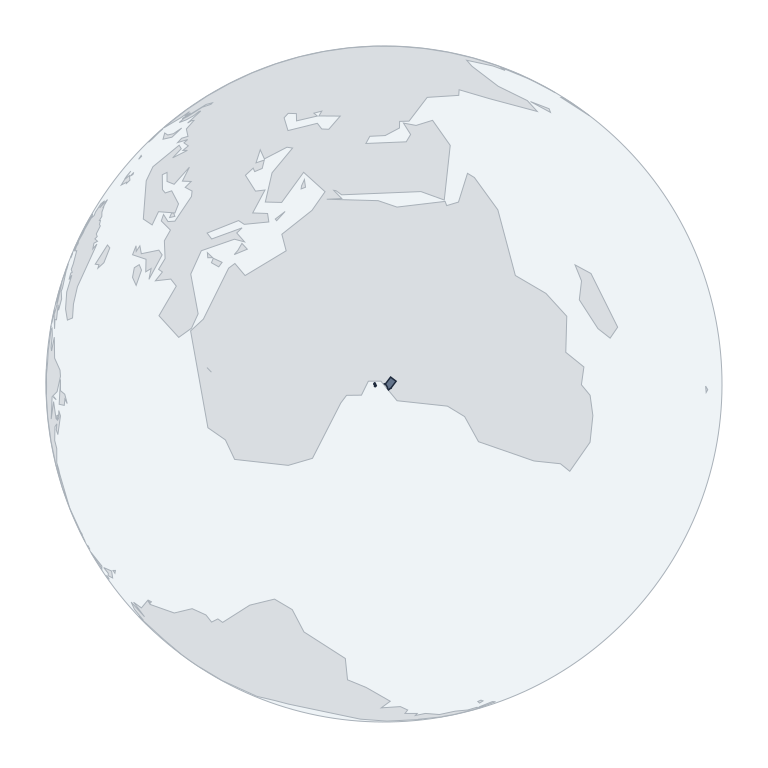 Equatorial Guinea on an orthographic globe, rotated 307°
{"feature_id": "GNQ", "entity_name": "Equatorial Guinea", "entity_type": "country or territory", "adm_level": 0, "iso_a3": "GNQ", "parent_name": "Africa", "parent_adm1": "", "projection": "orthographic", "projection_center": [9.725, 2.359], "detail": "fine", "context": "on_globe", "style": "filled", "palette": "slate", "viewbox_px": 768, "rotation_deg": 307, "n_neighbors": 0, "source": "natural_earth", "source_scale": "50m", "svg_char_len": 8229}
<svg xmlns="http://www.w3.org/2000/svg" viewBox="0 0 768 768"><g transform="rotate(307 384 384)"><circle cx="384" cy="384" r="338" fill="#eef3f6" stroke="#a8b0b8"/><path d="M262.2,68.8L268.3,66.5L261.1,69.4L252.6,72.8L250.2,73.7L262.2,68.8ZM192.9,105.3L191.0,106.6L182.0,113.1L172.3,120.9L178.7,116.2L188.6,108.6L198.1,102.8L209.1,95.4L214.5,92.4L227.1,85.3L228.7,85.4L223.3,89.8L212.9,96.1L210.3,98.6L223.0,92.5L206.4,105.4L200.1,116.9L195.4,121.0L181.2,127.5L174.1,126.6L155.7,139.3L171.1,130.7L159.1,142.8L158.6,145.1L161.3,144.7L167.1,140.2L163.8,144.8L147.3,154.0L150.1,149.9L155.3,146.7L151.9,146.9L140.7,155.0L135.5,161.5L124.1,170.1L120.3,175.3L115.7,180.6L122.6,171.6L109.9,188.6L95.7,207.7L78.3,240.2L82.5,231.5L94.1,210.3L107.3,190.0L121.9,170.7L137.9,152.5L155.1,135.5L173.4,119.7L192.9,105.3ZM50.6,329.0L50.8,327.8L50.5,334.1L53.8,320.4L57.7,313.3L54.0,332.8L59.0,315.3L59.2,325.0L68.9,325.5L67.2,329.9L74.9,354.3L89.1,366.0L92.4,380.8L90.1,389.6L96.4,392.7L96.5,398.6L126.6,409.9L146.3,426.0L148.6,446.5L137.8,469.3L141.5,518.3L125.8,532.9L130.9,552.4L134.4,579.9L123.7,576.7L136.2,591.2L137.9,599.1L133.5,599.0L140.9,608.8L138.1,608.5L145.8,615.3L153.4,627.2L165.5,637.7L174.1,647.1L182.2,653.1L181.0,652.7L182.9,654.7L187.2,657.9L178.1,651.8L161.6,638.3L154.6,631.7L152.8,630.3L136.6,612.9L139.1,616.3L116.5,589.2L102.1,566.8L70.9,500.4L65.3,486.8L58.0,470.4L49.7,433.0L46.7,404.7L46.5,399.8L46.3,396.3L46.1,385.2L47.4,362.1L49.9,335.7L50.2,331.7L49.1,339.2L50.6,329.0ZM72.8,252.2L73.2,251.4L68.8,268.3L66.5,269.9L67.8,267.0L69.9,260.1L71.8,254.8L72.8,252.2ZM82.1,233.5L82.4,232.1L82.8,232.1L82.1,233.5ZM225.4,85.8L226.2,85.6L223.5,87.0L225.4,85.8ZM230.1,83.2L226.4,85.1L228.0,84.2L230.3,83.1L230.1,83.2ZM245.1,76.0L234.4,81.3L231.8,82.3L245.1,76.0ZM284.5,61.7L284.1,61.5L289.1,59.9L284.5,61.7ZM301.7,56.3L301.0,56.4L300.6,56.8L296.1,58.0L297.2,57.4L301.7,56.3ZM331.0,50.3L333.8,49.8L321.8,51.9L316.1,53.0L319.6,52.3L331.0,50.3ZM197.4,664.3L180.8,653.9L188.3,658.7L183.1,654.1L195.6,661.7L197.4,664.3ZM186.7,652.3L186.9,650.0L189.9,651.7L190.5,653.8L186.7,652.3ZM712.9,306.3L712.7,305.6L717.5,329.9L718.3,334.6L719.7,345.5L718.7,338.5L715.2,317.3L707.0,286.3L707.3,292.0L703.6,279.7L692.3,255.2L690.7,263.1L690.5,296.0L696.6,327.9L693.9,342.4L675.5,296.9L664.2,266.9L659.5,270.0L638.9,246.0L609.0,245.8L603.1,238.4L597.8,242.3L583.1,235.4L573.3,223.6L565.2,224.8L590.8,256.0L599.3,255.1L604.1,242.5L609.8,254.0L623.8,264.1L614.4,293.3L567.2,321.4L559.9,297.7L509.6,236.3L509.5,229.4L509.2,228.7L508.4,227.3L506.7,238.6L497.1,227.1L526.9,269.0L533.1,287.9L566.6,322.9L564.2,326.7L574.1,334.0L602.5,323.9L603.3,331.9L591.6,370.1L549.7,423.6L553.8,458.8L548.1,489.2L518.7,510.1L517.9,533.4L502.2,542.1L499.0,555.4L484.5,569.8L461.5,583.6L426.1,584.9L426.5,572.9L412.8,550.1L394.8,494.2L406.5,468.0L404.5,448.0L378.5,404.5L384.4,379.8L376.8,369.8L361.5,372.7L352.4,360.9L342.9,360.9L281.6,371.6L261.4,356.5L233.9,310.1L243.9,291.0L243.1,269.7L310.0,197.6L327.1,200.7L383.0,190.2L390.5,192.4L387.0,207.8L431.5,225.7L442.1,212.3L479.3,222.0L502.1,221.2L504.7,192.4L467.4,193.0L457.9,179.7L485.3,167.5L517.4,169.0L514.7,164.0L491.8,153.0L496.6,144.2L483.6,148.7L490.8,153.6L482.9,157.0L475.8,152.9L477.7,149.6L467.3,147.7L460.7,165.3L467.3,172.2L441.6,176.2L450.1,188.4L444.1,194.5L427.4,176.3L427.0,169.5L398.1,151.9L396.1,159.1L423.3,176.7L416.0,175.5L413.6,187.1L409.6,177.4L380.5,157.9L355.5,163.5L328.2,193.3L312.7,196.7L297.7,192.0L303.1,163.2L337.2,159.2L339.5,150.6L328.8,139.3L340.1,139.6L339.9,135.0L352.4,133.7L366.2,122.4L378.4,120.8L380.2,108.0L386.7,105.9L383.7,113.7L388.2,119.0L417.9,117.4L422.6,114.6L421.4,106.9L429.7,108.1L424.7,100.9L440.1,98.1L417.2,96.2L415.2,88.8L422.4,83.4L417.7,81.0L405.9,90.1L404.9,94.3L410.5,98.2L404.2,111.5L394.8,114.1L385.9,100.2L371.5,103.1L370.9,92.5L403.2,71.8L418.5,68.7L451.4,76.7L449.9,80.5L437.4,79.1L452.3,86.4L449.5,82.8L456.4,84.4L456.2,79.1L461.1,80.1L452.6,73.9L458.5,74.5L463.8,78.4L468.7,72.7L480.1,73.6L478.8,72.0L474.2,70.1L491.8,73.4L490.1,72.2L483.7,70.5L476.1,67.2L469.6,63.1L476.0,64.4L479.2,66.1L495.7,72.3L503.3,77.5L505.3,77.7L500.2,73.7L480.1,65.9L474.4,63.1L484.2,66.3L480.2,64.9L479.3,64.0L484.5,64.7L473.8,61.3L455.8,53.9L460.1,54.8L484.3,61.3L507.9,69.6L530.8,79.7L553.0,91.4L574.2,104.7L594.3,119.5L613.3,135.8L631.1,153.5L647.5,172.4L662.4,192.5L675.8,213.6L687.6,235.7L697.8,258.6L706.2,282.2L712.9,306.3ZM290.6,232.7L289.6,238.9L289.6,239.0L290.6,232.7ZM554.2,186.6L571.6,187.8L558.9,170.7L564.5,170.1L558.1,165.0L557.9,169.5L541.5,155.8L547.2,151.3L542.5,144.6L536.5,144.0L528.6,154.8L552.1,173.9L550.2,180.8L554.2,186.6ZM69.4,325.3L70.1,329.3L68.2,329.2L69.4,325.3ZM63.7,277.6L63.9,278.2L63.2,281.2L62.5,282.1L63.7,277.6ZM72.0,279.8L73.5,281.7L70.9,283.0L72.0,279.8ZM68.7,270.6L70.7,279.0L65.8,284.0L64.9,279.1L66.9,277.7L68.7,270.6ZM76.9,244.0L76.5,245.4L74.9,248.8L76.9,244.0ZM82.3,233.6L82.1,233.8L83.3,231.0L82.3,233.6ZM160.1,142.2L161.3,141.6L162.9,142.3L159.9,144.1L160.1,142.2ZM183.7,135.2L177.7,142.8L179.9,138.2L174.5,141.5L172.3,136.8L193.0,122.8L184.0,129.6L183.7,135.2ZM175.1,128.0L174.2,131.7L174.4,128.3L175.1,128.0ZM326.6,114.6L332.0,116.7L329.0,121.8L313.6,126.7L317.8,119.0L326.6,114.6ZM340.4,118.9L335.9,105.4L345.2,102.8L340.8,106.3L347.4,105.9L342.0,111.8L355.4,123.6L353.6,129.1L326.1,133.3L336.1,128.5L330.2,126.2L340.4,118.9ZM307.7,84.6L305.9,81.3L328.6,79.5L327.7,83.1L312.3,87.3L304.3,85.8L307.7,84.6ZM254.9,72.7L252.7,73.3L255.3,72.2L259.4,70.7L254.9,72.7ZM289.2,59.6L290.2,59.4L283.0,61.5L289.5,59.7L279.9,62.7L283.9,61.7L267.1,69.5L263.8,70.4L258.0,75.3L247.0,79.7L251.1,76.1L238.2,83.8L237.5,82.4L229.8,87.7L240.1,79.4L239.0,79.3L244.5,77.5L254.7,73.3L258.7,71.4L269.4,66.5L271.4,65.4L289.2,59.6ZM362.2,50.6L353.5,50.9L364.9,52.2L355.4,53.4L357.3,53.5L351.6,55.2L348.0,57.8L343.3,58.3L343.9,59.2L340.2,60.7L339.5,62.3L330.7,63.9L329.2,66.2L325.9,65.8L325.6,69.3L321.9,67.6L316.7,70.1L323.0,70.5L277.2,80.6L260.9,87.9L249.3,95.5L244.5,92.7L252.3,84.5L266.6,75.2L283.0,69.2L277.8,69.6L284.2,67.1L285.6,67.8L287.2,65.3L292.8,63.6L305.5,58.4L304.3,57.0L308.9,55.5L312.2,55.2L314.5,54.0L323.8,52.8L327.3,51.9L340.0,50.3L344.2,51.1L347.8,50.1L357.6,49.5L362.2,50.6ZM337.3,49.4L344.5,48.9L342.9,49.7L321.5,52.4L317.0,53.3L303.3,56.1L306.0,55.2L309.6,54.4L313.9,53.5L311.3,54.1L316.5,52.9L321.7,52.0L327.2,51.0L328.0,51.0L337.3,49.4ZM397.2,186.5L402.6,186.9L410.8,185.9L409.4,193.7L397.2,186.5ZM377.0,173.2L381.7,172.0L383.7,181.5L378.1,181.5L377.0,173.2ZM382.6,163.9L381.8,171.2L378.8,167.3L382.6,163.9ZM387.9,112.6L392.7,111.5L393.9,113.2L392.0,116.1L387.9,112.6ZM393.9,58.4L389.2,57.6L390.2,57.0L384.8,54.4L391.4,53.8L397.3,55.2L393.9,58.4ZM499.4,197.4L493.9,202.9L489.9,200.4L492.6,198.9L499.4,197.4ZM450.3,197.9L462.3,201.2L449.8,200.0L450.3,197.9ZM400.2,57.4L397.2,56.2L402.4,56.8L400.2,57.4ZM395.9,53.4L401.7,53.7L391.6,53.5L395.9,53.4ZM575.9,642.1L574.3,646.0L571.1,646.4L575.9,642.1ZM596.8,482.8L570.0,536.4L556.7,537.0L557.0,521.5L568.8,489.3L585.2,479.7L594.1,464.9L596.8,482.8ZM721.9,386.9L719.4,352.8L720.2,353.7L721.3,364.3L721.9,386.9ZM697.7,331.0L703.2,350.2L701.1,353.5L697.7,331.0ZM452.5,57.8L452.7,61.4L457.2,65.2L466.7,68.4L453.5,66.1L446.5,60.2L452.5,57.8ZM454.7,53.9L446.4,52.1L449.8,52.6L452.2,53.1L454.7,53.9ZM449.9,52.9L440.1,51.5L435.3,50.4L444.0,51.7L449.9,52.9ZM420.4,52.5L420.0,53.4L415.8,52.8L420.4,52.5Z" fill="#d9dde1" stroke="#a8b0b8" stroke-width="1"/><path d="M393.5,385.1L393.5,386.5L393.5,387.6L393.5,388.9L393.5,390.2L393.5,391.3L393.5,392.0L392.3,392.0L390.7,392.0L389.1,392.0L387.5,392.0L386.7,392.0L385.8,392.0L385.5,392.0L385.3,392.2L385.1,392.3L384.8,392.1L384.5,392.0L384.4,391.9L384.2,391.6L383.9,391.5L383.7,391.6L383.2,391.8L383.3,391.7L382.7,391.3L382.4,391.3L382.0,391.2L382.3,390.3L382.6,389.4L383.2,388.8L383.5,388.7L383.5,388.4L384.0,387.4L384.5,386.5L384.3,385.7L384.4,384.3L384.6,384.4L384.6,384.5L384.9,384.9L385.5,385.1L387.4,385.1L388.6,385.1L390.3,385.1L392.1,385.1L393.5,385.1ZM378.2,375.7L378.3,375.8L379.2,375.7L379.4,376.1L379.4,376.5L378.5,377.9L378.3,378.4L378.0,378.9L377.7,378.9L376.6,378.7L376.4,378.3L376.5,377.7L377.1,377.5L377.2,377.4L377.5,376.8L377.6,376.3L377.8,375.9L378.2,375.7Z" fill="#64748b" stroke="#1e293b" stroke-width="1.5"/></g></svg>